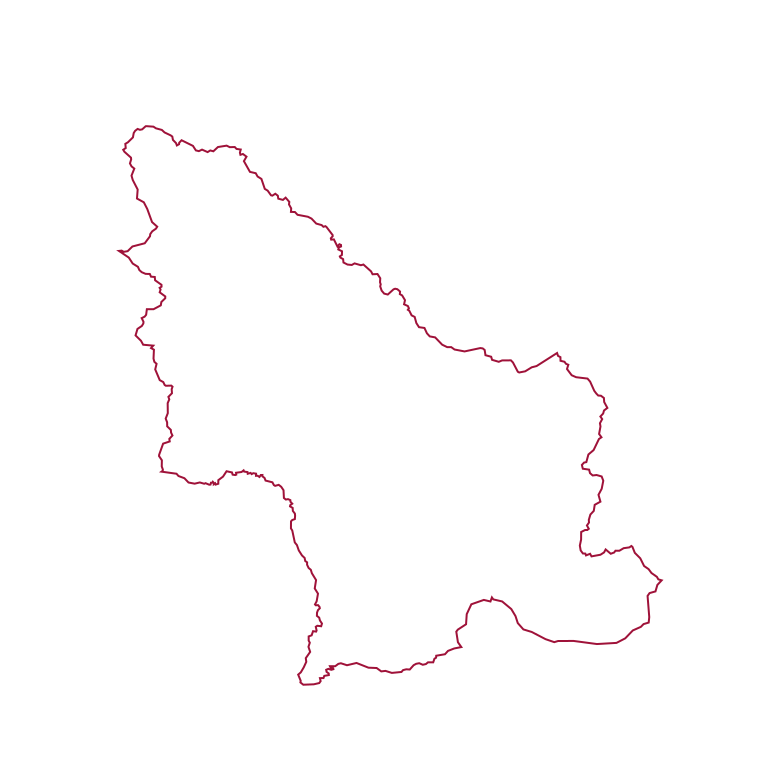 Kon Plong, Kon Tum, Vietnam, rotated 349°
{"feature_id": "81297802B37970290892439", "entity_name": "Kon Plong", "entity_type": "district", "adm_level": 2, "iso_a3": "VNM", "parent_name": "Vietnam", "parent_adm1": "Kon Tum", "projection": "orthographic", "projection_center": [108.295, 14.803], "detail": "fine", "context": "isolated", "style": "outline", "palette": "rose", "viewbox_px": 768, "rotation_deg": 349, "n_neighbors": 0, "source": "geoboundaries", "source_scale": "gbopen_adm2", "svg_char_len": 6139}
<svg xmlns="http://www.w3.org/2000/svg" viewBox="0 0 768 768"><g transform="rotate(349 384 384)"><path d="M559.8,386.6L537.2,395.5L532.2,395.8L525.0,398.5L518.9,398.5L517.7,397.5L514.7,387.5L513.1,385.0L504.4,383.4L500.9,384.1L494.7,380.9L494.4,377.7L489.1,375.1L489.3,369.8L487.7,367.9L485.4,367.1L469.3,367.4L459.8,363.6L457.0,360.6L453.1,359.9L448.6,356.5L443.1,348.0L438.0,346.0L435.8,342.4L434.4,336.7L429.2,334.9L427.4,330.4L426.9,324.0L424.2,321.9L422.8,316.9L421.6,315.7L422.9,314.4L422.3,312.0L418.9,309.6L420.6,305.7L418.7,300.5L416.7,298.8L417.4,296.3L415.2,293.5L413.1,292.6L411.4,292.9L404.8,296.9L401.4,295.3L399.5,291.9L398.9,287.4L399.8,285.5L399.5,283.4L400.5,279.5L398.6,274.8L393.7,274.1L392.8,271.0L386.6,262.8L384.0,263.0L378.1,260.0L375.1,261.0L371.0,259.8L367.4,257.0L367.7,253.6L365.3,251.6L365.0,250.3L367.3,249.3L368.1,245.7L364.8,243.2L365.8,241.3L368.1,240.8L368.3,239.3L366.9,238.3L364.5,240.1L362.4,232.5L359.7,232.2L359.6,230.8L361.8,229.2L362.0,228.0L357.5,218.9L356.6,217.9L354.5,218.1L353.1,216.1L348.1,213.6L344.4,207.8L341.2,205.3L331.4,201.4L329.4,198.2L325.5,197.3L326.4,193.9L325.0,189.6L325.8,187.2L323.0,182.3L319.9,184.0L315.6,181.9L315.7,178.9L313.6,176.5L310.4,177.8L309.1,177.2L306.7,172.0L304.2,169.7L302.8,159.3L299.5,156.2L298.3,152.6L292.9,150.2L289.0,138.5L292.4,134.6L289.4,131.3L286.8,131.6L286.7,129.4L288.1,126.5L284.1,125.1L282.7,122.9L277.8,122.1L275.0,120.0L266.2,119.7L260.9,123.0L258.0,121.6L255.1,122.7L250.1,119.2L246.7,120.1L243.9,118.8L241.9,113.8L231.8,106.1L229.0,108.1L228.6,109.5L226.2,110.3L225.8,107.8L223.4,104.1L223.4,100.7L222.0,99.2L216.6,95.2L214.4,92.2L208.9,89.5L206.8,87.4L200.1,85.6L199.2,85.5L195.2,87.9L192.9,87.9L190.8,86.6L188.0,88.0L186.2,89.9L184.6,94.0L178.7,97.9L175.9,98.9L175.5,103.1L172.7,104.3L173.5,106.5L178.8,113.5L178.7,115.2L176.7,119.0L177.7,122.2L180.0,124.9L175.9,131.3L176.3,135.8L179.3,146.1L176.9,154.8L182.9,159.8L185.0,167.0L187.2,180.8L191.4,186.3L189.8,188.0L185.6,189.9L183.1,192.3L182.5,194.3L176.0,200.2L163.3,201.0L157.7,204.7L153.8,204.6L151.9,203.0L149.2,202.8L157.6,211.2L160.3,217.8L164.8,222.0L165.6,225.5L167.5,228.0L171.0,230.4L175.1,231.3L175.8,234.2L179.4,235.2L179.1,238.5L184.5,244.2L184.2,246.0L182.1,246.8L182.7,248.6L181.3,251.2L186.0,256.3L185.6,258.1L181.1,261.0L179.9,264.2L172.1,266.6L165.5,265.3L163.7,270.7L161.9,272.2L158.7,273.1L159.8,277.1L159.3,278.7L157.4,280.8L152.5,282.9L149.4,288.9L153.7,295.2L155.1,299.5L164.8,302.3L162.2,304.3L164.7,306.4L162.6,315.1L162.8,318.4L164.6,320.8L162.2,326.0L164.6,337.4L167.7,340.0L168.5,343.1L169.5,344.1L174.9,345.0L175.9,346.3L174.6,348.5L174.1,352.6L169.9,355.5L170.3,358.1L168.0,361.5L166.2,371.4L163.1,376.3L163.8,380.2L163.1,384.2L166.0,388.4L165.7,391.0L166.5,394.2L162.8,396.9L162.7,399.5L155.8,400.4L149.8,410.5L149.4,411.8L151.4,416.5L150.1,422.5L150.6,425.8L150.2,427.0L148.9,427.6L163.2,432.5L164.7,435.1L170.1,438.4L173.3,443.4L179.1,445.7L184.4,445.5L188.5,447.6L189.9,447.3L193.2,449.5L194.5,449.6L195.3,447.9L196.6,448.1L197.3,447.3L198.1,448.6L197.8,449.9L199.3,449.2L199.5,450.6L202.3,450.3L203.0,446.8L208.3,444.2L212.8,439.6L217.9,441.8L218.1,444.1L220.6,445.0L221.7,444.8L221.8,442.9L227.4,443.2L229.7,442.0L230.0,443.3L233.2,444.4L233.1,446.1L236.1,445.8L236.9,447.2L238.6,446.6L241.3,447.6L240.8,449.7L242.4,449.9L244.0,451.5L245.7,449.8L247.3,450.1L247.0,451.4L248.8,453.4L249.3,456.2L255.7,459.2L256.6,462.2L257.7,463.2L261.4,462.9L263.5,465.3L265.1,469.1L264.0,476.8L265.6,478.7L267.8,478.7L269.9,480.1L269.7,481.7L271.1,484.0L268.9,485.0L268.4,486.2L270.7,488.2L270.3,491.2L271.8,494.2L271.6,496.4L270.7,499.6L268.0,500.0L266.5,501.1L265.1,508.0L266.0,510.3L266.2,522.5L267.8,525.5L268.6,531.1L270.8,536.7L272.9,539.6L272.9,542.7L274.5,544.4L274.0,546.7L274.9,550.2L276.7,552.4L277.1,556.0L279.9,563.5L277.0,571.5L279.2,577.2L276.4,584.5L274.2,587.2L274.8,588.2L277.1,588.5L278.2,590.6L278.2,591.9L276.0,593.4L274.6,595.7L273.9,598.8L275.8,601.0L276.0,603.9L277.4,607.3L276.1,609.8L272.4,608.6L270.7,609.3L270.8,613.1L270.1,614.1L267.2,613.1L265.0,616.9L261.9,617.4L261.1,621.5L261.8,623.8L259.7,627.6L260.4,632.9L254.9,638.2L254.7,641.9L251.1,646.9L247.3,651.2L244.3,652.9L245.6,659.5L245.0,661.0L247.4,663.8L257.8,665.4L263.4,665.2L265.1,663.6L265.0,660.5L268.5,661.1L269.7,659.1L274.3,659.2L274.5,657.6L272.7,655.6L272.7,653.5L275.0,653.0L277.7,654.5L279.9,654.3L279.9,653.4L277.6,652.7L277.1,650.7L282.3,651.7L285.8,650.0L288.4,649.9L294.0,653.0L303.8,652.6L314.6,659.5L322.6,661.4L326.5,665.6L330.7,665.9L336.6,669.1L346.2,670.0L348.1,668.5L351.4,668.3L354.8,669.2L359.4,665.7L362.2,664.8L365.3,664.8L368.5,667.0L371.7,666.9L374.1,665.6L379.2,666.6L381.1,663.3L382.9,662.6L383.4,660.7L392.3,660.9L395.9,658.2L402.5,657.0L409.7,657.0L407.3,651.6L407.7,640.9L409.6,639.2L418.7,635.5L421.3,625.7L427.7,616.9L440.8,615.0L447.0,617.8L449.2,614.1L450.2,616.3L458.5,620.0L466.0,629.2L468.8,636.9L469.7,644.2L474.0,651.5L481.7,655.6L493.9,665.3L501.9,669.9L505.8,669.5L521.1,672.4L543.4,679.9L562.8,682.5L572.3,679.7L581.2,673.4L589.8,671.4L593.0,669.2L598.3,668.7L599.9,663.4L602.3,642.3L604.8,639.9L610.9,639.4L614.0,633.4L619.1,629.7L616.0,628.1L615.1,625.4L610.5,620.6L608.4,616.2L604.6,612.3L602.3,604.0L598.0,597.6L596.8,591.3L595.9,590.2L593.7,591.2L587.9,590.9L583.2,592.6L579.4,591.8L577.8,593.3L574.2,593.9L570.0,588.7L567.9,591.3L563.9,592.9L554.8,592.8L553.9,590.0L549.6,590.8L549.3,588.9L546.9,588.3L545.3,584.9L545.4,580.0L547.8,574.3L549.3,566.9L553.5,565.7L555.7,566.1L557.4,565.2L556.2,561.6L558.8,559.1L559.1,556.5L561.7,551.5L565.7,548.6L567.8,542.8L574.0,540.8L573.4,533.7L577.7,528.4L580.8,520.8L580.0,516.3L575.3,513.9L571.4,513.6L569.2,510.8L569.0,507.2L563.0,505.1L562.8,501.2L565.4,499.3L567.7,499.3L571.2,492.2L577.2,488.8L584.5,479.0L587.3,477.8L585.6,474.1L588.4,467.0L588.5,463.7L591.5,460.1L590.2,457.2L593.5,454.8L594.9,452.0L598.7,450.1L596.7,443.7L597.2,439.7L594.7,436.9L592.1,436.2L590.6,433.9L589.1,430.8L586.8,421.0L584.8,417.5L573.9,414.0L569.9,411.2L566.5,404.2L568.6,400.3L566.5,398.9L565.4,396.6L561.7,394.9L562.3,391.3L560.2,389.6L559.8,386.6Z" fill="none" stroke="#9f1239" stroke-width="2"/></g></svg>